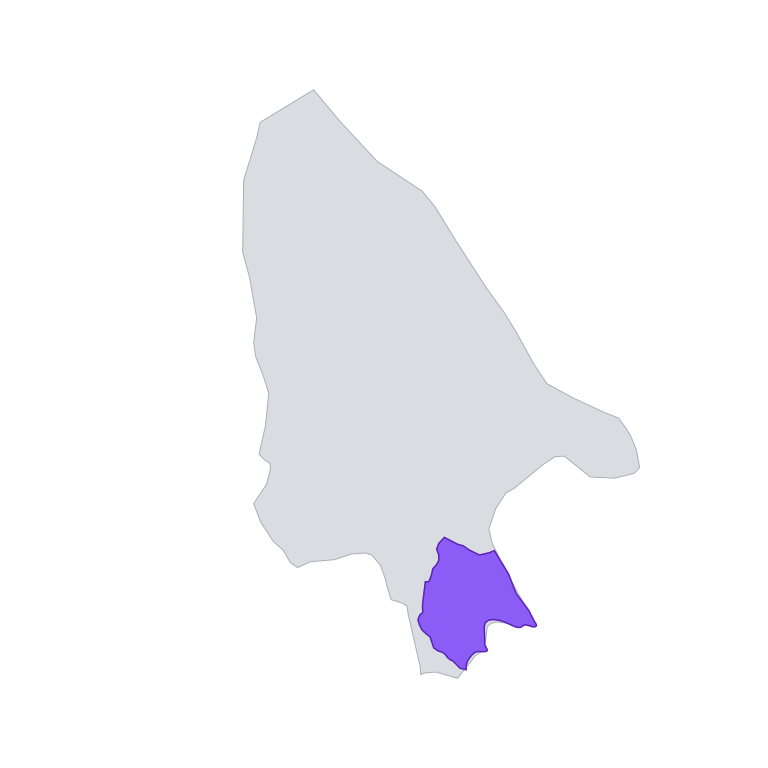 location of Kirundo within Burundi, rotated 147°
{"feature_id": "BDI-2643", "entity_name": "Kirundo", "entity_type": "Province", "adm_level": 1, "iso_a3": "BDI", "parent_name": "Burundi", "parent_adm1": "", "projection": "equal_earth", "projection_center": [30.179, -2.549], "detail": "fine", "context": "in_parent", "style": "filled", "palette": "violet", "viewbox_px": 768, "rotation_deg": 147, "n_neighbors": 0, "source": "natural_earth", "source_scale": "10m", "svg_char_len": 2015}
<svg xmlns="http://www.w3.org/2000/svg" viewBox="0 0 768 768"><g transform="rotate(147 384 384)"><path d="M511.4,120.4L507.5,127.5L489.2,177.6L485.7,185.1L487.7,189.8L495.5,199.3L490.9,215.0L489.1,219.3L485.7,234.0L487.5,247.5L491.9,252.5L503.8,259.1L521.5,263.8L542.4,275.0L556.5,277.1L559.8,285.2L559.1,299.7L562.6,312.3L562.7,334.9L558.4,354.7L536.9,364.0L525.8,374.2L522.8,379.3L525.5,385.2L527.0,393.2L506.7,413.0L485.8,438.8L480.9,456.2L476.7,476.8L470.6,489.9L454.7,508.9L438.6,547.0L430.6,571.7L390.9,631.1L355.6,660.8L345.3,670.9L282.8,669.1L278.0,629.1L268.5,574.4L247.0,525.0L244.7,504.4L245.7,464.6L245.8,408.5L244.3,378.4L244.8,356.5L247.5,318.3L247.2,295.5L233.0,269.2L215.4,241.2L205.8,227.5L205.3,216.4L205.4,206.2L208.2,191.3L215.1,174.7L222.8,172.8L241.8,179.4L261.6,193.6L272.1,225.3L280.1,229.9L294.7,229.8L332.0,225.6L341.3,226.2L358.3,218.6L375.1,205.2L380.0,191.3L383.9,160.2L387.5,104.2L396.1,103.6L419.6,123.5L424.7,124.9L429.6,124.2L437.8,114.3L447.8,106.2L455.2,106.4L482.6,97.1L497.2,114.0L506.5,119.2L511.4,120.4Z" fill="#d9dde1" stroke="#a8b0b8" stroke-width="1"/><path d="M453.6,109.3L456.8,109.1L460.6,108.0L464.3,106.4L467.2,104.4L469.8,101.2L470.7,99.6L475.0,104.1L477.1,114.3L478.6,116.6L479.7,119.8L479.9,123.7L481.0,127.0L484.0,130.7L486.0,135.6L483.1,146.9L484.7,151.4L486.1,156.9L485.5,162.5L484.0,167.7L480.0,170.7L475.7,171.4L473.6,175.3L471.3,178.7L457.0,195.7L455.8,194.7L454.2,194.0L452.2,195.0L447.8,198.4L443.7,202.5L438.5,203.8L434.0,206.3L431.1,211.1L429.8,216.9L424.8,220.5L416.9,222.5L409.8,209.9L405.7,205.2L403.0,198.5L397.1,188.6L387.4,185.1L382.2,184.2L383.0,156.7L387.3,136.4L385.9,115.8L387.2,102.1L387.2,99.6L387.8,98.2L389.8,98.1L391.4,99.3L392.8,100.9L393.1,101.3L396.6,105.3L398.1,105.6L399.8,105.4L401.7,105.5L404.0,106.6L406.4,109.1L412.6,118.9L415.9,122.8L420.0,126.5L424.6,128.9L429.0,128.7L432.4,125.5L441.4,110.3L441.8,108.5L441.9,105.9L442.6,104.1L444.9,104.4L451.1,108.5L453.6,109.3Z" fill="#8b5cf6" stroke="#5b21b6" stroke-width="1.5"/></g></svg>